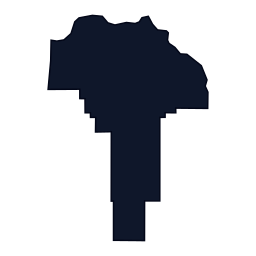 the district of Garfield, Washington, United States of America
{"feature_id": "52423323B83834618329235", "entity_name": "Garfield", "entity_type": "district", "adm_level": 2, "iso_a3": "USA", "parent_name": "United States of America", "parent_adm1": "Washington", "projection": "natural_earth1", "projection_center": [-117.541, 46.35], "detail": "fine", "context": "isolated", "style": "filled", "palette": "ink", "viewbox_px": 256, "rotation_deg": 0, "n_neighbors": 0, "source": "geoboundaries", "source_scale": "gbopen_adm2", "svg_char_len": 718}
<svg xmlns="http://www.w3.org/2000/svg" viewBox="0 0 256 256"><path d="M113.5,240.3L138.3,240.5L144.5,240.6L144.6,200.9L159.8,200.9L159.8,117.4L165.1,117.3L165.1,112.7L175.8,112.8L175.7,108.1L207.7,108.4L207.9,92.1L205.2,86.1L207.0,79.9L201.3,65.7L186.9,54.3L180.3,53.9L174.9,47.4L169.0,43.4L167.5,40.1L168.3,32.8L166.4,30.9L157.5,29.9L152.5,24.2L148.3,16.3L142.0,17.7L139.3,21.9L135.2,23.5L126.4,22.5L114.9,25.0L107.8,22.8L102.3,16.3L92.4,15.4L79.0,17.9L74.8,21.8L71.0,33.6L63.9,39.9L56.8,41.1L51.1,40.2L50.7,60.8L48.1,89.4L79.8,89.2L79.8,98.6L85.0,98.7L85.1,112.8L90.4,112.8L90.5,117.4L95.7,117.4L95.5,132.0L111.3,131.7L111.2,201.1L113.5,201.1L113.5,240.3Z" fill="#0f172a" stroke="#020617" stroke-width="1.5"/></svg>